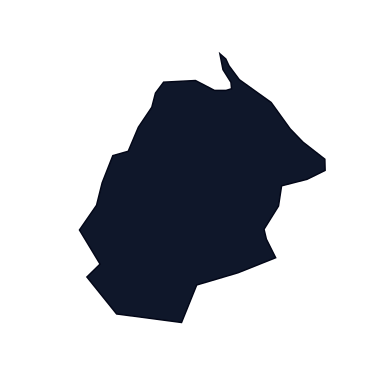 SVG path tracing the border of Salas, rotated 62°
{"feature_id": "LVA-5727", "entity_name": "Salas", "entity_type": "Municipality", "adm_level": 1, "iso_a3": "LVA", "parent_name": "Latvia", "parent_adm1": "", "projection": "natural_earth1", "projection_center": [25.678, 56.484], "detail": "fine", "context": "isolated", "style": "filled", "palette": "ink", "viewbox_px": 384, "rotation_deg": 62, "n_neighbors": 0, "source": "natural_earth", "source_scale": "10m", "svg_char_len": 597}
<svg xmlns="http://www.w3.org/2000/svg" viewBox="0 0 384 384"><g transform="rotate(62 192 192)"><path d="M225.4,59.3L235.4,64.3L234.8,84.4L228.6,110.0L245.0,122.2L258.7,145.9L268.6,148.5L289.3,149.0L284.9,189.3L276.3,231.5L302.3,262.5L264.3,315.8L217.7,324.7L212.5,307.0L172.7,309.2L158.9,282.5L141.7,267.0L122.7,244.8L126.1,229.2L109.6,208.9L98.3,187.7L87.5,177.8L81.7,165.5L95.2,136.6L112.8,124.5L118.3,114.3L119.4,108.6L113.4,106.1L98.5,107.2L83.1,102.5L90.4,99.7L97.9,100.1L115.0,97.5L150.1,80.1L182.3,75.7L200.1,70.6L225.4,59.3Z" fill="#0f172a" stroke="#020617" stroke-width="1.5"/></g></svg>